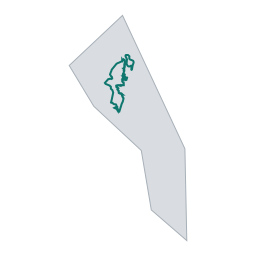 Central 1 Mahe, Seychelles shown in context
{"feature_id": "34574756B27990728867894", "entity_name": "Central 1 Mahe", "entity_type": "district", "adm_level": 2, "iso_a3": "SYC", "parent_name": "Seychelles", "parent_adm1": "", "projection": "equal_earth", "projection_center": [55.458, -4.627], "detail": "fine", "context": "in_parent", "style": "outline", "palette": "teal", "viewbox_px": 256, "rotation_deg": 0, "n_neighbors": 0, "source": "geoboundaries", "source_scale": "gbopen_adm2", "svg_char_len": 4833}
<svg xmlns="http://www.w3.org/2000/svg" viewBox="0 0 256 256"><path d="M184.9,148.8L186.8,240.6L151.3,209.9L141.3,150.5L93.8,106.3L69.2,65.5L122.5,15.4L184.9,148.8Z" fill="#d9dde1" stroke="#a8b0b8" stroke-width="1"/><path d="M125.9,61.8L125.7,61.5L125.4,61.4L125.1,61.2L124.5,60.2L124.5,59.9L124.1,59.9L123.6,59.4L123.2,60.0L122.9,60.1L122.6,60.1L122.2,59.5L122.2,60.2L122.7,60.6L122.6,61.0L122.3,61.3L122.1,61.1L121.4,61.5L120.1,62.1L119.1,62.6L117.5,63.2L116.4,63.9L112.1,69.2L111.7,69.8L111.3,71.1L110.8,72.2L110.6,72.8L110.1,74.2L110.0,74.4L110.0,74.6L110.3,74.9L110.6,75.4L111.0,76.2L111.4,76.6L111.5,76.5L111.8,76.8L111.8,77.0L112.0,77.4L112.2,78.1L111.6,78.4L111.7,78.5L111.4,78.8L111.5,78.9L111.3,79.0L111.0,78.8L110.6,78.8L109.9,78.9L109.4,78.8L108.9,79.1L108.3,79.1L104.9,82.9L105.6,83.9L109.7,85.6L109.8,85.9L110.8,86.6L110.9,88.8L111.3,89.1L112.4,90.1L112.6,90.8L113.2,92.6L111.7,99.8L111.4,100.9L111.0,102.5L111.3,102.8L112.0,102.6L112.5,102.8L112.9,103.4L113.5,103.9L114.1,104.2L114.6,104.2L115.0,104.3L115.9,104.4L116.1,104.6L116.4,105.4L116.6,106.2L117.0,106.5L116.8,106.7L116.9,107.0L116.5,106.8L116.1,106.8L115.7,107.2L114.3,107.9L114.6,108.1L115.3,108.3L115.6,108.1L115.8,108.2L116.2,108.4L116.3,108.6L116.7,108.6L117.0,108.4L117.3,108.4L117.2,108.9L117.3,109.1L117.5,109.2L117.5,109.4L117.8,109.4L117.8,109.6L117.6,109.7L117.4,110.3L117.5,110.5L117.7,110.8L117.7,110.6L117.6,110.4L117.6,110.2L118.0,110.2L118.0,110.3L117.8,110.3L118.1,110.6L118.6,111.2L118.7,111.5L119.3,111.6L120.3,108.6L120.4,107.9L120.7,107.2L120.8,106.6L121.1,106.1L121.3,105.0L121.7,103.9L121.8,103.6L122.3,102.6L122.5,102.4L122.7,101.6L122.8,101.5L122.9,101.1L123.2,99.8L123.4,99.2L123.5,98.5L123.3,98.5L123.2,98.2L123.1,97.8L122.9,97.0L122.7,96.6L122.5,96.8L122.4,96.6L122.3,96.2L122.2,96.1L122.1,95.8L121.9,95.4L122.0,95.2L122.0,94.8L122.0,94.7L121.8,94.5L121.7,94.3L122.1,94.4L122.2,94.6L122.6,94.6L122.2,94.3L122.0,93.9L121.8,93.7L121.1,93.3L120.8,93.5L120.2,93.2L120.0,93.6L119.6,93.4L119.5,93.2L119.3,93.2L119.1,93.2L118.8,93.0L118.6,91.8L118.7,91.6L118.8,91.3L118.8,90.9L118.7,90.7L118.4,90.5L118.2,90.6L118.0,90.2L117.9,90.0L117.5,89.7L117.4,89.4L117.3,89.2L117.5,88.9L117.6,88.7L118.3,88.5L118.4,88.4L118.3,88.1L117.9,87.9L117.6,87.3L117.5,87.2L117.1,87.1L116.8,86.9L116.6,87.2L116.4,87.1L116.3,86.8L116.3,86.7L116.5,86.5L116.5,86.0L116.2,85.7L116.3,85.5L117.3,85.3L117.5,85.2L117.8,85.2L118.1,85.2L118.5,85.2L118.8,85.1L119.5,85.5L119.6,85.4L119.7,85.5L119.9,85.4L120.1,85.7L120.5,85.8L120.8,85.9L120.9,85.7L121.0,85.5L120.9,85.4L121.1,85.3L121.3,85.3L121.3,85.1L121.6,85.2L121.9,85.3L122.0,85.2L122.4,85.3L122.6,85.2L122.9,84.9L123.4,85.2L123.8,85.2L123.7,82.5L123.1,82.5L122.8,82.2L122.7,82.0L122.4,81.7L122.4,81.3L122.6,81.0L122.6,80.9L122.6,80.7L122.4,80.9L122.2,80.9L122.2,80.5L122.3,80.3L122.6,80.0L122.8,79.8L123.5,79.8L123.7,79.6L124.1,79.5L124.7,79.7L125.1,80.0L125.5,80.0L125.6,79.9L125.7,80.0L125.8,80.1L126.0,80.1L126.4,79.9L126.6,79.0L126.6,78.9L126.8,78.8L127.0,78.0L126.9,78.0L126.8,77.8L126.8,77.5L126.7,77.5L126.4,77.5L126.1,77.5L125.7,77.8L125.4,78.0L125.3,77.9L124.8,77.2L124.7,77.0L124.7,76.9L124.8,76.7L124.9,76.8L125.0,76.6L124.5,75.9L124.4,76.0L124.3,75.8L124.7,75.1L124.8,74.5L124.6,74.3L124.1,73.9L123.9,73.9L123.8,74.0L123.6,74.4L123.4,75.6L123.4,78.6L123.3,78.9L123.0,78.9L123.2,78.7L123.2,78.4L123.2,78.2L122.9,78.1L123.0,78.0L123.0,76.5L122.9,76.5L122.8,76.4L123.0,76.4L123.0,75.3L122.8,75.3L122.8,75.2L123.0,75.2L123.0,73.8L123.7,72.6L124.0,71.9L124.2,71.3L124.1,71.2L123.8,71.2L123.7,70.9L123.7,70.5L123.8,70.5L123.9,70.4L124.0,70.4L124.0,70.2L124.2,69.7L124.3,69.7L124.2,69.2L123.9,69.3L123.9,69.1L123.7,68.9L124.2,68.9L124.3,68.5L124.4,68.0L124.1,67.8L124.0,67.7L124.3,67.4L124.2,67.3L124.2,67.2L124.6,66.9L124.6,66.7L124.7,66.4L124.8,66.4L124.8,66.2L124.6,66.2L124.4,66.0L124.5,65.9L124.4,65.8L124.4,65.7L124.5,65.7L124.6,65.4L124.4,65.1L124.4,64.8L124.5,64.7L124.4,64.5L124.5,64.3L124.5,64.2L124.4,64.3L124.3,64.2L124.4,63.9L124.6,64.0L124.6,63.8L124.7,63.7L124.7,63.4L124.9,63.5L124.9,63.4L125.0,63.4L125.0,63.2L124.9,63.0L124.9,62.9L125.0,62.5L125.0,62.4L125.5,62.8L125.8,62.4L125.7,62.3L125.8,62.2L125.9,61.8ZM132.8,60.6L130.1,59.5L129.9,59.4L129.7,59.2L129.5,58.9L129.3,58.5L129.3,58.0L129.3,57.5L129.4,56.8L129.4,56.5L129.4,56.3L129.3,56.2L128.1,55.1L127.9,55.0L127.6,55.0L126.2,55.0L125.8,55.1L125.7,55.2L125.6,55.4L125.5,55.8L125.5,56.2L126.8,58.9L127.0,59.5L126.9,60.1L126.6,63.3L126.6,63.9L126.8,64.3L127.3,65.3L127.6,65.7L128.0,66.1L128.5,66.4L129.0,66.5L129.7,66.4L131.0,65.7L131.5,65.7L132.0,66.0L132.0,66.3L132.0,66.5L131.7,66.8L131.5,67.2L131.4,67.5L131.4,68.1L131.4,68.7L131.3,69.3L131.3,69.5L131.5,69.8L131.8,69.7L132.0,69.3L132.5,66.1L133.1,64.1L133.5,63.0L133.6,62.7L133.6,62.1L133.5,61.7L133.4,61.3L133.2,60.9L132.8,60.6Z" fill="none" stroke="#0f766e" stroke-width="2"/></svg>